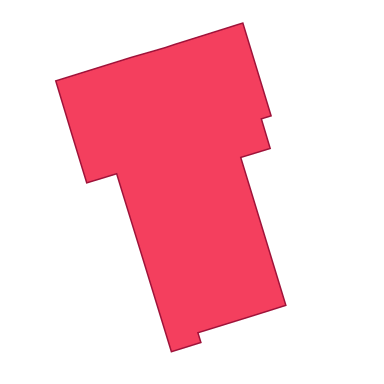 outline of Benton, Mississippi, United States of America, rotated 343°
{"feature_id": "52423323B42225674167868", "entity_name": "Benton", "entity_type": "district", "adm_level": 2, "iso_a3": "USA", "parent_name": "United States of America", "parent_adm1": "Mississippi", "projection": "orthographic", "projection_center": [-89.198, 34.789], "detail": "fine", "context": "isolated", "style": "filled", "palette": "rose", "viewbox_px": 384, "rotation_deg": 343, "n_neighbors": 0, "source": "geoboundaries", "source_scale": "gbopen_adm2", "svg_char_len": 433}
<svg xmlns="http://www.w3.org/2000/svg" viewBox="0 0 384 384"><g transform="rotate(343 192 192)"><path d="M94.2,45.9L94.1,79.9L94.0,100.6L94.0,152.5L125.3,152.5L125.3,169.4L125.5,240.2L125.6,338.7L156.5,338.5L156.5,328.3L217.8,328.1L248.6,327.8L248.7,173.2L279.5,173.2L279.7,142.3L289.9,142.3L290.0,45.3L284.5,45.3L218.9,45.8L208.5,46.1L184.3,45.7L173.1,45.5L94.2,45.9Z" fill="#f43f5e" stroke="#9f1239" stroke-width="1.5"/></g></svg>